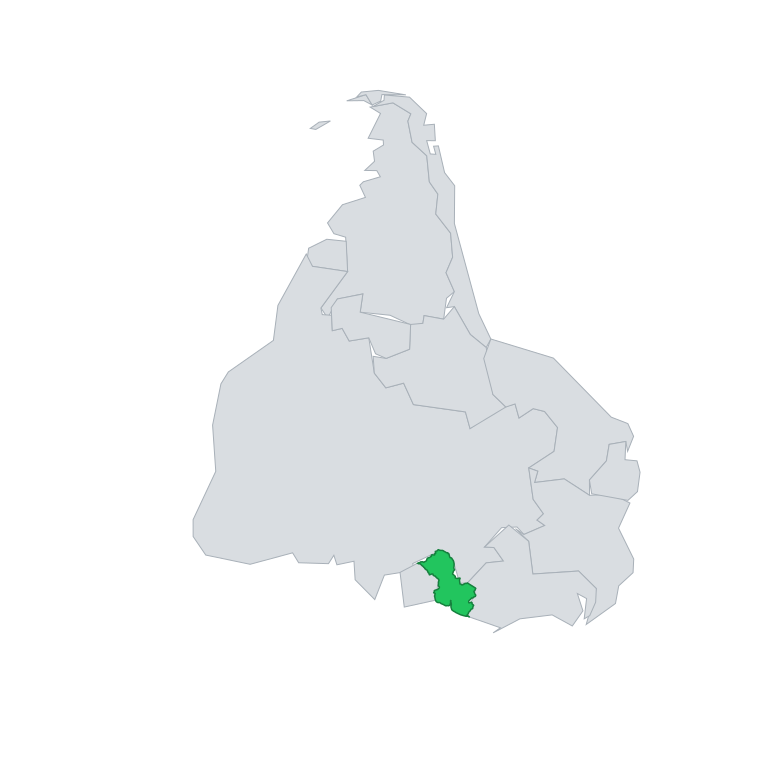 location of Guyana within South America, rotated 164°
{"feature_id": "GUY", "entity_name": "Guyana", "entity_type": "country or territory", "adm_level": 0, "iso_a3": "GUY", "parent_name": "South America", "parent_adm1": "", "projection": "orthographic", "projection_center": [-58.817, 4.875], "detail": "fine", "context": "in_parent", "style": "filled", "palette": "green", "viewbox_px": 768, "rotation_deg": 164, "n_neighbors": 12, "source": "natural_earth", "source_scale": "50m", "svg_char_len": 7755}
<svg xmlns="http://www.w3.org/2000/svg" viewBox="0 0 768 768"><g transform="rotate(164 384 384)"><path d="M318.5,655.5L325.3,662.0L341.8,666.5L321.6,667.1L318.5,655.5ZM388.0,502.1L380.4,535.7L390.7,542.3L393.9,554.4L374.5,567.8L350.4,568.5L352.5,581.7L348.1,584.1L330.4,584.2L332.1,591.1L343.6,594.6L331.7,600.7L330.2,610.8L318.6,613.9L317.5,618.7L331.5,624.6L312.8,645.0L321.0,654.0L297.9,651.8L283.7,636.3L288.6,630.1L290.4,608.6L280.0,591.6L284.7,565.8L279.9,551.7L287.4,533.1L278.4,510.6L283.1,486.9L293.7,473.9L290.9,453.4L300.3,449.2L308.8,429.9L326.6,438.7L329.9,431.6L340.4,432.0L359.2,448.4L387.1,459.6L379.5,476.4L405.4,478.6L419.9,462.8L423.7,474.5L388.0,502.1Z" fill="#d9dde1" stroke="#a8b0b8" stroke-width="1"/><path d="M318.5,655.5L321.6,667.1L331.1,667.4L325.3,670.9L308.5,667.8L283.3,655.9L306.2,662.8L309.2,656.9L318.5,655.5ZM275.7,390.9L287.4,407.8L295.1,439.0L302.8,440.1L290.9,453.4L293.7,473.9L283.1,486.9L278.4,510.6L287.4,533.1L279.9,551.7L284.7,565.8L280.0,591.6L290.4,608.6L288.6,630.1L283.7,636.3L297.9,651.8L318.4,653.7L305.8,656.7L304.0,661.7L280.4,652.7L268.5,632.2L274.5,621.8L264.0,619.8L267.6,603.7L275.9,606.2L276.1,592.4L270.9,590.5L270.8,598.9L266.1,597.9L267.5,570.5L261.4,555.1L272.1,518.9L273.5,425.5L268.9,397.8L275.7,390.9Z" fill="#d9dde1" stroke="#a8b0b8" stroke-width="1"/><path d="M363.0,651.6L379.4,647.5L384.4,650.0L374.2,653.6L363.0,651.6Z" fill="#d9dde1" stroke="#a8b0b8" stroke-width="1"/><path d="M388.0,502.1L420.3,516.8L424.8,522.2L419.0,535.3L399.1,538.9L381.0,531.6L388.0,502.1Z" fill="#d9dde1" stroke="#a8b0b8" stroke-width="1"/><path d="M422.9,530.4L420.3,516.8L388.0,502.1L423.7,474.5L424.2,467.7L415.4,464.5L419.0,449.5L408.9,449.0L405.6,434.9L385.9,432.6L390.3,397.1L383.3,379.8L364.9,379.4L361.4,356.1L313.4,334.7L313.6,317.4L285.4,329.1L263.5,328.7L263.6,314.1L247.4,319.2L237.2,313.3L229.2,294.3L239.1,272.4L268.0,263.4L272.4,232.0L266.5,215.3L274.4,211.0L268.5,203.7L291.0,200.8L295.6,209.9L310.6,213.5L332.3,199.6L323.4,196.5L318.0,180.9L335.1,183.9L358.7,169.7L366.1,171.6L366.2,194.2L375.6,208.5L405.9,203.5L406.1,196.6L436.3,200.2L452.3,179.3L465.7,203.8L461.7,221.9L479.1,223.2L479.4,233.2L486.9,226.6L515.3,235.7L518.4,246.9L562.4,247.6L602.5,268.7L609.5,290.0L604.9,306.2L569.8,346.4L560.1,391.7L540.7,429.1L530.3,438.5L478.3,456.4L464.3,488.8L422.9,530.4Z" fill="#d9dde1" stroke="#a8b0b8" stroke-width="1"/><path d="M273.2,328.3L313.6,317.4L313.4,334.7L361.4,356.1L364.9,379.4L383.3,379.8L390.3,397.1L386.8,413.6L374.9,408.0L349.8,410.4L342.0,433.9L329.9,431.6L326.6,438.7L308.8,429.9L295.1,439.0L287.4,407.8L275.7,390.9L282.2,343.9L273.2,328.3Z" fill="#d9dde1" stroke="#a8b0b8" stroke-width="1"/><path d="M268.0,263.4L239.1,272.4L229.2,294.3L237.2,313.3L247.4,319.2L263.6,314.1L263.5,328.7L273.2,328.3L282.2,343.9L281.1,381.0L268.9,397.8L214.0,362.2L174.7,289.5L160.5,278.7L158.5,264.9L168.4,252.1L167.4,262.1L184.2,263.9L191.4,248.8L213.0,235.1L217.1,220.3L236.9,243.1L266.4,247.8L260.2,257.8L268.0,263.4Z" fill="#d9dde1" stroke="#a8b0b8" stroke-width="1"/><path d="M297.5,208.7L291.0,200.8L268.5,203.7L274.4,211.0L266.5,215.3L272.4,232.0L268.0,263.4L260.2,257.8L266.4,247.8L236.9,243.1L217.1,220.3L195.0,215.2L180.4,201.8L198.3,180.8L192.2,146.9L196.6,134.0L214.0,125.3L222.0,109.2L255.9,97.1L236.3,128.8L248.5,150.6L293.3,160.3L288.3,192.9L297.5,208.7Z" fill="#d9dde1" stroke="#a8b0b8" stroke-width="1"/><path d="M358.7,169.7L335.1,183.9L318.0,180.9L323.4,196.5L332.3,199.6L302.9,214.0L288.3,192.9L293.3,160.3L248.5,150.6L236.3,128.8L240.7,115.9L250.1,104.6L256.3,103.1L248.4,121.9L255.9,129.3L255.3,111.1L269.7,99.5L286.0,115.7L318.1,120.8L347.7,114.7L339.3,117.6L368.4,138.1L352.0,162.1L358.7,169.7Z" fill="#d9dde1" stroke="#a8b0b8" stroke-width="1"/><path d="M420.5,198.5L400.5,202.7L389.9,188.4L385.4,181.1L394.3,162.0L426.0,164.0L420.5,198.5Z" fill="#d9dde1" stroke="#a8b0b8" stroke-width="1"/><path d="M214.6,221.2L213.0,235.1L191.4,248.8L184.2,263.9L167.4,262.1L173.2,244.8L162.0,240.4L162.2,228.6L170.0,210.7L181.6,204.9L214.6,221.2Z" fill="#d9dde1" stroke="#a8b0b8" stroke-width="1"/><path d="M383.8,415.4L385.9,432.6L405.6,434.9L408.9,449.0L419.0,449.5L413.7,472.0L405.4,478.6L379.5,476.4L387.1,459.6L342.0,433.9L349.8,410.4L374.9,408.0L383.8,415.4Z" fill="#d9dde1" stroke="#a8b0b8" stroke-width="1"/><path d="M358.6,169.7L356.5,167.3L354.4,165.0L352.3,162.6L352.2,162.3L353.0,161.2L353.8,160.4L354.5,160.0L354.8,159.6L354.5,157.9L354.6,157.3L354.3,156.6L354.0,155.8L354.3,155.2L354.6,154.8L355.0,154.6L356.0,154.5L356.7,154.4L356.9,154.2L357.3,153.9L357.9,153.9L358.9,154.1L359.3,153.7L360.2,153.2L362.1,152.3L362.5,151.7L362.8,150.8L362.8,150.4L362.6,150.3L362.1,150.1L361.4,150.1L360.8,150.3L360.2,150.2L359.7,149.6L359.7,149.2L360.0,148.5L359.8,148.1L358.9,146.8L358.9,146.4L359.6,145.8L360.0,145.3L360.5,144.0L360.9,143.6L362.3,143.5L362.6,143.2L363.3,142.6L364.3,141.8L365.7,141.2L366.1,140.2L366.4,139.9L367.5,139.3L367.7,139.0L367.7,138.7L365.9,136.3L366.2,136.5L367.7,138.1L368.4,138.4L368.6,138.4L368.6,138.0L369.3,138.2L371.2,139.3L373.9,141.0L377.8,144.4L378.9,145.7L379.6,146.3L380.8,147.8L381.1,148.5L381.1,151.4L380.1,153.3L379.8,154.8L379.8,156.7L379.2,157.9L379.9,157.2L380.2,155.5L380.9,154.4L381.7,153.3L382.9,153.0L384.1,153.5L385.1,153.6L386.0,153.9L387.9,155.8L389.7,157.2L390.4,158.4L392.4,159.0L393.5,160.0L393.9,160.8L394.1,162.9L393.8,166.1L393.9,166.3L393.3,166.9L393.2,167.3L392.9,168.0L392.6,168.4L393.0,169.3L393.5,169.3L393.7,169.6L393.7,169.8L393.1,170.2L392.7,170.7L392.8,171.2L392.5,171.5L391.7,171.7L390.1,171.7L389.4,171.7L388.7,171.8L388.3,172.2L387.8,172.5L387.4,172.5L387.1,172.9L386.7,173.5L386.8,174.0L387.2,174.5L387.4,175.1L387.1,176.0L386.8,176.7L386.6,177.2L386.4,178.2L385.8,179.4L385.3,180.0L385.3,180.7L385.6,181.7L386.8,183.2L387.2,183.9L387.5,185.0L388.7,185.8L389.4,186.6L389.3,187.5L389.4,187.8L389.8,188.0L390.4,188.2L391.0,188.2L391.5,188.1L392.8,188.0L393.0,188.2L393.0,189.5L393.1,190.1L393.4,190.3L393.6,190.6L393.6,190.9L393.6,191.7L393.8,192.1L393.8,192.9L393.9,193.2L394.2,193.4L394.7,194.0L394.8,194.0L395.3,195.0L395.4,195.3L395.6,195.3L395.6,195.6L395.9,196.4L396.1,196.6L396.4,197.1L396.6,197.7L397.0,198.4L397.5,198.9L397.7,199.4L398.3,200.5L398.8,201.3L399.6,201.5L400.2,201.6L400.6,201.9L401.0,202.3L400.6,202.4L400.2,202.6L399.7,202.5L399.0,202.5L398.2,202.8L397.5,202.9L396.2,202.5L395.8,202.5L395.5,202.3L395.0,201.6L394.7,201.6L394.0,201.9L393.1,202.1L392.7,202.1L392.2,202.3L391.8,202.6L390.9,204.0L390.4,204.4L389.9,204.7L389.0,204.7L387.9,204.7L387.2,205.0L386.4,205.2L386.1,205.2L385.9,206.0L385.8,206.3L385.5,206.5L385.0,206.6L384.5,206.5L384.2,206.2L383.6,206.1L383.1,206.0L382.8,205.8L382.5,205.8L382.3,206.1L382.1,206.4L381.9,206.9L381.2,207.0L380.8,207.3L381.0,208.2L380.9,208.6L380.8,208.9L379.9,208.9L379.1,208.9L378.6,209.2L378.0,209.6L377.7,209.7L377.3,209.7L376.7,209.2L376.2,208.7L374.9,208.3L373.6,207.9L372.7,207.1L372.5,206.6L372.1,206.4L371.1,205.4L370.6,204.7L369.9,204.5L369.2,204.2L369.3,203.8L369.2,203.3L368.9,203.1L368.5,203.0L368.4,202.7L368.4,202.1L368.5,200.5L368.4,199.0L367.4,198.4L367.0,198.1L366.3,195.8L366.0,194.8L366.0,194.1L366.2,191.8L366.5,190.8L367.2,188.9L367.6,188.2L367.6,187.7L367.6,187.1L367.4,185.9L368.6,185.1L369.1,184.7L369.2,184.2L369.9,183.5L370.2,182.9L370.4,182.4L370.3,182.1L370.1,182.0L369.7,181.5L369.0,180.1L368.8,179.9L368.5,179.5L368.7,178.9L368.9,178.2L368.9,177.9L368.5,177.6L367.6,177.0L366.9,176.9L366.3,176.7L365.5,176.7L364.8,176.6L364.5,176.4L364.5,176.0L364.7,175.8L365.3,175.1L365.6,174.3L365.7,173.6L365.8,172.7L366.0,171.8L366.1,170.9L365.2,170.3L364.9,169.8L364.5,169.4L364.2,169.4L363.6,169.2L362.6,169.7L361.9,169.6L361.4,169.9L360.2,169.8L359.5,169.5L358.6,169.7Z" fill="#22c55e" stroke="#15803d" stroke-width="1.5"/></g></svg>